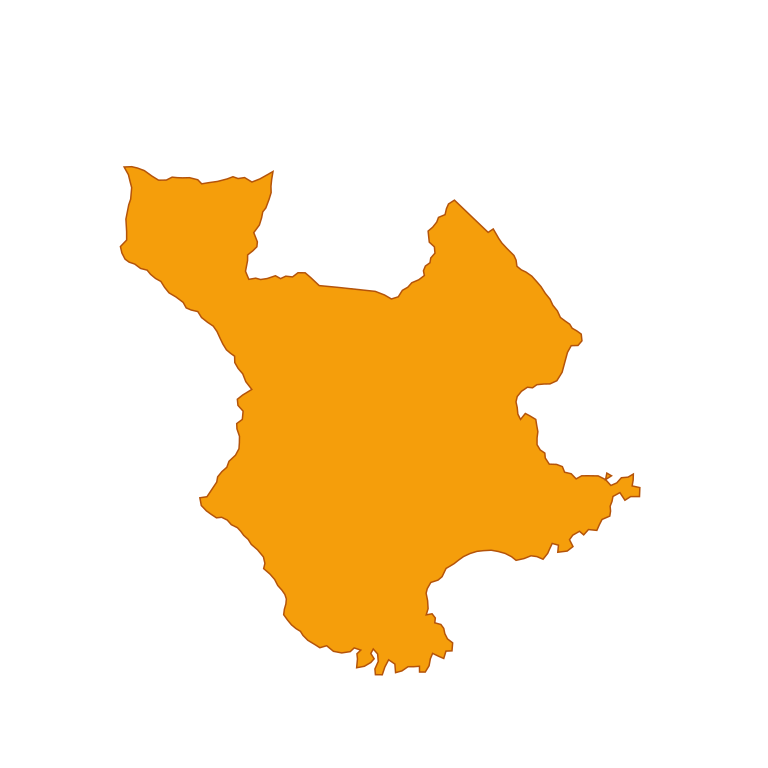 outline of Campo Erê, Santa Catarina, Brazil, rotated 252°
{"feature_id": "56859067B34137099014381", "entity_name": "Campo Erê", "entity_type": "district", "adm_level": 2, "iso_a3": "BRA", "parent_name": "Brazil", "parent_adm1": "Santa Catarina", "projection": "orthographic", "projection_center": [-53.133, -26.462], "detail": "fine", "context": "isolated", "style": "filled", "palette": "amber", "viewbox_px": 768, "rotation_deg": 252, "n_neighbors": 0, "source": "geoboundaries", "source_scale": "gbopen_adm2", "svg_char_len": 4202}
<svg xmlns="http://www.w3.org/2000/svg" viewBox="0 0 768 768"><g transform="rotate(252 384 384)"><path d="M308.5,183.3L307.4,188.4L303.0,192.9L297.4,195.3L292.6,200.2L288.3,202.2L283.4,203.8L278.2,206.8L272.5,208.2L265.4,212.5L256.8,215.9L250.2,215.3L245.6,212.5L238.5,216.8L231.9,219.6L225.1,220.7L219.5,223.2L214.5,224.7L209.7,224.7L205.1,222.7L200.5,219.6L195.6,217.3L189.1,219.4L183.5,221.6L178.6,224.7L174.6,228.1L169.8,229.3L163.7,232.4L157.5,237.8L153.0,241.5L152.8,248.6L145.4,253.3L141.3,260.7L139.9,269.2L142.2,274.1L138.1,279.7L135.8,274.9L130.7,273.8L122.6,270.3L121.6,278.1L123.2,285.4L125.7,289.7L131.8,288.2L135.3,291.9L129.2,294.5L121.9,292.8L115.8,287.3L110.2,286.0L108.0,292.5L114.5,297.3L120.3,303.2L114.3,307.8L105.9,305.8L105.6,312.4L107.7,319.5L105.9,325.1L104.6,330.5L99.1,328.8L97.3,334.2L102.1,339.8L108.4,343.2L112.8,347.0L108.0,352.0L104.5,356.0L110.8,360.4L109.2,366.2L116.6,369.3L122.0,365.6L127.8,364.7L133.1,365.3L137.7,363.8L141.2,358.5L145.6,360.5L150.6,358.7L151.4,352.8L156.7,356.5L164.4,358.5L172.0,359.4L176.0,361.9L180.8,367.2L180.8,374.8L182.8,379.7L189.4,386.0L191.5,395.2L193.5,400.6L195.3,406.3L196.2,413.5L196.1,420.7L194.8,427.0L192.8,434.6L189.4,440.9L185.4,446.9L180.4,451.9L175.5,455.1L174.7,463.3L175.2,470.7L172.6,476.1L168.2,481.1L172.3,487.3L175.9,490.5L180.4,494.7L176.8,500.1L170.3,497.3L168.5,506.6L171.0,513.5L178.6,512.3L181.9,516.8L183.5,524.4L178.8,527.3L182.4,533.5L179.0,541.2L183.7,545.4L187.8,549.5L188.6,557.9L193.1,560.2L197.9,561.3L201.8,564.5L206.3,567.0L207.8,574.8L199.0,577.2L200.7,583.7L198.0,592.2L206.4,595.3L210.4,588.5L215.7,591.3L221.3,593.3L220.0,587.3L221.5,580.8L218.0,574.8L217.4,568.4L224.6,565.2L230.4,559.3L233.2,551.1L235.6,543.7L234.4,537.4L240.8,534.3L244.3,528.5L250.3,528.1L254.2,523.3L256.7,516.4L263.8,514.5L268.6,515.6L273.0,512.2L279.0,510.8L285.4,512.9L291.1,515.6L297.1,516.4L303.4,517.4L308.7,512.8L312.3,509.3L308.1,502.9L314.0,502.0L320.4,503.4L326.2,504.0L330.9,506.8L334.6,512.5L336.6,519.4L334.5,524.1L336.1,529.2L334.6,536.0L332.8,541.9L333.7,549.4L340.1,557.0L351.0,564.1L357.4,568.3L362.6,573.9L360.7,580.4L363.9,585.6L370.5,587.0L374.9,583.8L378.9,580.2L383.5,579.1L387.7,575.9L392.8,572.3L399.9,571.5L406.8,568.9L413.4,568.1L420.4,565.4L428.1,563.4L434.1,560.9L440.9,557.9L446.6,553.6L450.1,549.9L454.9,546.8L461.0,547.9L466.1,547.3L474.7,542.9L481.5,539.7L486.9,538.1L492.2,537.0L497.7,535.8L496.0,529.9L537.1,507.8L535.3,501.0L531.5,497.6L526.2,494.4L525.6,487.3L521.7,484.2L518.1,478.8L515.8,473.2L510.7,472.1L504.9,470.9L498.9,474.3L492.7,472.9L489.4,467.4L485.1,465.2L483.4,459.8L479.5,456.5L474.7,455.9L472.4,449.3L471.7,441.7L468.7,436.6L467.4,430.4L462.5,424.5L462.6,417.3L468.5,412.0L474.8,404.3L490.5,369.2L497.6,352.8L508.0,347.1L514.1,343.4L516.4,336.6L514.1,330.1L516.9,323.9L516.2,318.2L520.5,314.2L520.4,305.5L521.5,298.9L524.3,294.7L525.3,287.8L534.0,287.1L538.5,289.6L543.6,292.4L548.9,294.2L551.2,300.4L553.8,305.5L558.3,307.5L563.3,307.2L568.2,306.9L573.7,314.6L579.8,318.9L585.2,321.9L587.9,326.0L595.2,331.8L600.9,335.8L607.0,337.6L613.3,340.4L620.4,344.1L618.7,335.8L617.4,329.3L616.9,320.8L623.4,315.2L624.5,308.7L627.8,304.4L627.5,298.2L628.1,288.3L629.6,279.8L630.7,272.5L635.8,270.0L640.3,262.8L642.3,256.1L644.1,251.2L646.2,246.4L645.2,240.0L647.5,232.6L653.5,227.5L660.9,222.1L665.5,216.4L668.6,211.3L670.7,203.9L662.0,205.6L655.4,205.1L648.7,204.7L638.1,200.2L633.3,196.6L620.6,189.5L608.4,186.3L600.4,183.7L596.2,175.8L589.6,175.2L582.8,176.3L578.7,179.2L575.1,184.0L569.1,188.2L565.5,193.9L560.4,195.9L555.0,199.3L550.5,203.5L543.7,205.2L537.1,207.7L531.0,213.1L523.7,218.2L517.5,219.4L514.0,223.4L510.4,229.3L503.6,231.0L497.3,235.2L491.8,239.5L485.5,241.4L478.5,242.2L471.8,243.1L465.2,244.7L460.5,247.6L456.6,250.5L450.5,248.7L443.8,250.1L437.3,252.8L428.9,253.3L419.7,256.6L417.2,246.2L414.8,239.8L408.8,238.5L401.7,241.6L394.1,238.3L391.9,231.7L386.8,230.3L378.9,230.4L372.8,228.3L367.3,226.1L362.2,220.8L358.4,212.7L353.4,208.8L350.8,202.8L347.1,197.1L342.4,194.6L337.5,188.4L331.5,180.8L332.7,173.7L324.9,172.7L318.2,175.9L313.4,179.4L308.5,183.3ZM224.6,565.2L226.4,572.0L230.4,568.4L224.6,565.2Z" fill="#f59e0b" stroke="#b45309" stroke-width="1.5"/></g></svg>